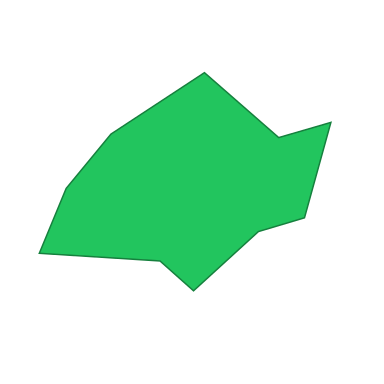 the border of Anse Etoile, rotated 31°
{"feature_id": "SYC-5200", "entity_name": "Anse Etoile", "entity_type": "state/province", "adm_level": 1, "iso_a3": "SYC", "parent_name": "Seychelles", "parent_adm1": "", "projection": "orthographic", "projection_center": [55.454, -4.588], "detail": "fine", "context": "isolated", "style": "filled", "palette": "green", "viewbox_px": 384, "rotation_deg": 31, "n_neighbors": 0, "source": "natural_earth", "source_scale": "10m", "svg_char_len": 296}
<svg xmlns="http://www.w3.org/2000/svg" viewBox="0 0 384 384"><g transform="rotate(31 192 192)"><path d="M275.2,60.8L301.7,156.2L269.3,191.7L244.2,275.9L200.1,267.6L92.7,323.2L82.3,253.7L92.7,184.1L141.2,83.3L238.3,100.7L275.2,60.8Z" fill="#22c55e" stroke="#15803d" stroke-width="1.5"/></g></svg>